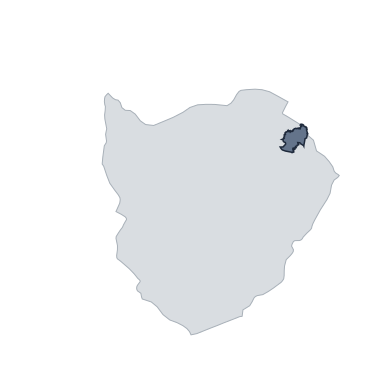 location of Centenary/ Muzarabani, Mashonaland Central, Zimbabwe, rotated 29°
{"feature_id": "62879985B33993196799610", "entity_name": "Centenary/ Muzarabani", "entity_type": "district", "adm_level": 2, "iso_a3": "ZWE", "parent_name": "Zimbabwe", "parent_adm1": "Mashonaland Central", "projection": "natural_earth1", "projection_center": [31.038, -16.418], "detail": "fine", "context": "in_parent", "style": "filled", "palette": "slate", "viewbox_px": 384, "rotation_deg": 29, "n_neighbors": 0, "source": "geoboundaries", "source_scale": "gbopen_adm2", "svg_char_len": 5859}
<svg xmlns="http://www.w3.org/2000/svg" viewBox="0 0 384 384"><g transform="rotate(29 192 192)"><path d="M260.4,317.4L257.5,315.3L253.7,313.9L248.8,313.3L242.4,313.5L234.6,314.7L226.1,313.3L217.2,309.3L209.7,307.9L200.8,309.6L200.4,309.7L198.8,308.3L196.4,305.4L192.3,304.9L191.2,304.2L190.3,303.1L189.7,301.8L189.5,300.2L190.1,295.5L189.8,294.9L188.7,294.3L186.4,293.8L181.1,291.6L174.3,289.5L163.4,287.2L159.1,286.6L158.1,285.9L156.9,284.1L154.8,278.7L152.8,275.0L148.0,269.4L147.3,267.7L147.5,263.3L147.8,259.7L148.3,256.6L148.0,253.8L148.0,250.3L148.1,247.9L147.4,246.9L145.7,246.1L140.9,245.8L135.0,246.0L134.7,242.4L134.2,236.8L133.0,233.6L131.7,231.9L128.9,230.2L123.4,227.8L115.9,224.2L109.5,218.9L102.2,212.2L99.9,211.1L97.1,204.8L92.9,194.1L93.1,190.5L92.5,188.8L88.5,183.5L87.6,180.8L86.8,178.1L80.4,170.4L78.2,167.0L76.5,162.7L74.8,159.2L73.4,157.9L71.6,155.5L70.3,152.8L69.7,150.8L70.2,148.2L70.8,146.3L76.9,148.2L80.2,148.4L82.8,147.5L86.0,148.7L89.8,152.2L94.0,152.9L98.5,150.7L104.6,151.4L112.3,154.8L118.7,155.5L126.2,152.4L133.0,143.9L139.3,135.9L145.5,126.6L149.2,119.1L154.7,113.0L162.0,108.4L169.4,104.4L180.8,99.5L183.0,95.5L183.8,91.2L183.8,85.1L184.4,81.2L185.5,79.4L187.4,78.0L189.9,76.2L197.3,71.5L203.6,68.6L211.3,66.7L219.7,66.6L227.7,66.6L232.3,66.6L232.4,72.4L232.7,79.0L233.6,79.7L239.7,79.8L249.4,80.3L258.8,80.7L264.8,85.5L266.8,86.5L273.1,87.8L281.0,95.7L290.6,96.5L297.2,98.9L302.9,101.7L306.3,104.9L308.4,105.7L311.4,105.9L312.8,106.2L312.4,108.6L310.5,112.6L310.7,118.3L313.4,126.2L313.7,133.1L312.9,145.3L312.9,157.1L313.1,161.3L313.6,164.1L314.1,165.6L314.0,167.3L312.4,172.3L311.1,177.5L311.1,179.5L310.6,181.0L309.6,182.3L305.5,184.7L304.7,186.2L304.8,188.9L305.3,191.1L306.8,192.0L308.7,193.3L309.4,195.0L309.4,196.7L308.8,200.0L307.2,205.5L308.8,211.8L310.7,215.9L313.2,220.6L314.3,223.5L314.2,225.6L313.8,227.6L309.9,236.3L307.2,241.6L303.7,247.4L299.3,251.0L298.1,252.7L297.6,254.7L297.8,259.0L297.6,263.5L293.7,270.4L296.1,276.4L295.5,276.9L294.2,277.8L288.7,284.5L283.1,291.2L279.1,296.2L274.4,301.8L269.2,308.2L264.8,313.6L260.4,317.4Z" fill="#d9dde1" stroke="#a8b0b8" stroke-width="1"/><path d="M265.0,85.9L264.8,85.6L265.0,85.5L265.1,85.4L265.1,85.2L264.9,84.8L264.6,84.9L264.4,85.0L264.1,84.9L264.1,84.7L264.1,84.2L263.9,83.9L263.6,83.7L263.1,83.3L262.6,82.6L262.1,82.3L262.0,82.1L262.3,81.7L262.2,81.5L262.2,81.4L261.9,81.4L261.7,81.3L261.6,81.0L261.5,80.7L261.4,80.8L261.2,80.5L261.1,80.4L260.8,80.2L260.8,80.3L260.8,80.5L260.7,80.5L260.5,80.4L260.3,80.0L260.1,79.9L259.9,80.0L259.7,80.1L259.3,80.2L259.0,79.9L258.9,79.9L258.5,80.1L258.3,80.1L257.9,80.0L257.5,79.9L257.4,80.0L257.2,79.9L257.2,79.6L257.1,79.4L256.8,79.4L256.6,79.4L256.4,79.3L256.1,79.5L256.1,79.4L255.9,79.3L254.7,79.7L254.7,79.8L254.4,80.1L254.2,80.2L254.2,80.4L254.3,80.3L254.6,80.3L254.9,80.2L255.0,80.2L255.1,80.3L254.9,80.6L254.9,80.8L255.0,80.9L255.3,80.9L255.5,80.9L255.6,81.0L255.4,81.3L255.2,81.5L255.3,81.8L255.8,81.4L256.0,81.5L255.9,81.6L255.7,81.8L255.5,82.1L255.6,82.4L255.6,82.5L255.7,82.8L255.6,83.1L255.7,83.3L255.8,83.5L255.7,83.7L255.8,83.9L255.8,84.0L255.7,84.0L255.8,84.2L255.7,84.2L255.3,84.1L255.0,84.1L255.1,84.3L255.2,84.6L255.1,84.8L254.7,84.9L254.7,84.7L254.5,84.8L254.1,84.7L254.0,84.8L254.0,85.0L253.9,85.0L253.8,84.9L253.6,84.9L253.5,85.1L253.5,85.3L253.3,85.5L253.2,85.5L252.8,85.8L252.7,85.9L252.6,86.0L252.4,85.9L252.3,86.0L251.9,86.0L251.7,86.1L251.4,86.7L250.8,87.0L250.8,87.3L250.8,87.5L250.5,88.2L250.5,88.4L250.5,88.5L250.7,88.8L250.5,89.0L250.3,89.1L250.2,89.1L250.2,89.3L250.3,89.2L250.5,89.3L250.5,89.5L250.4,89.4L250.3,89.5L250.1,89.5L250.0,90.0L249.9,90.2L249.9,90.3L250.1,90.3L249.9,90.5L249.7,90.7L249.4,90.6L249.2,90.8L249.1,90.7L249.0,90.8L248.9,90.8L249.0,91.0L248.8,91.0L248.8,91.3L248.7,91.2L248.7,91.3L248.5,91.2L248.5,91.3L248.4,91.3L248.4,91.5L248.3,91.4L248.1,91.4L248.1,91.5L247.8,91.5L247.7,91.7L247.4,91.5L247.3,91.4L247.2,91.5L247.2,91.4L247.0,91.5L246.9,91.5L246.7,91.5L246.7,91.8L246.6,91.7L246.6,91.8L246.6,92.0L246.4,92.0L246.5,92.1L246.4,92.3L246.4,92.2L246.2,92.3L246.3,92.5L246.2,92.5L246.1,92.8L246.0,93.0L245.9,93.0L245.8,93.3L245.7,93.3L245.6,93.6L245.4,93.8L245.4,93.7L245.4,93.9L245.2,93.9L245.2,94.0L245.3,94.0L245.1,94.1L245.1,94.3L244.9,94.6L245.0,94.7L244.9,94.8L245.0,94.9L245.0,95.0L244.9,95.2L244.9,95.4L245.0,95.5L244.9,95.6L245.1,95.8L245.3,95.9L245.3,96.0L245.2,96.0L245.4,96.1L245.5,96.2L245.4,96.4L245.3,96.5L245.2,96.8L245.3,96.8L245.2,96.9L245.1,97.0L245.3,97.1L245.3,97.3L245.2,97.4L245.2,97.5L245.3,97.5L245.5,98.0L245.6,98.4L245.6,98.6L245.7,98.8L245.8,99.0L245.9,98.9L245.9,99.2L246.1,99.3L246.0,99.5L245.9,99.9L245.9,100.3L246.6,100.6L245.1,102.5L245.6,102.4L246.2,102.1L247.3,103.4L247.7,103.6L248.2,103.6L249.7,103.5L250.0,103.9L250.4,104.2L250.7,104.9L250.6,105.6L250.3,106.1L250.2,106.8L250.0,107.6L250.1,108.0L249.4,108.7L247.3,109.9L248.8,110.8L250.6,111.4L253.7,110.9L254.1,110.8L259.9,108.9L260.4,109.1L261.6,107.7L261.3,107.4L261.3,107.2L261.2,106.9L260.8,106.8L260.8,106.7L260.7,106.6L260.4,106.8L260.3,106.5L260.5,106.3L260.6,106.2L260.4,106.0L260.2,106.1L260.0,105.9L259.9,105.8L259.7,105.8L259.7,105.6L259.4,105.5L259.4,105.3L259.3,105.2L259.2,105.0L259.1,104.9L259.1,104.7L260.2,103.8L260.8,105.0L261.2,104.7L260.7,103.9L261.3,103.3L261.3,103.2L261.5,103.0L261.6,102.7L261.3,102.6L260.9,102.5L260.8,102.4L260.6,102.4L260.5,102.2L260.4,102.0L261.6,100.7L261.3,100.1L262.4,99.0L262.4,98.8L262.3,98.7L262.1,98.8L262.0,98.7L261.9,98.6L261.6,98.4L261.4,98.3L261.2,98.1L260.9,98.0L260.8,97.8L260.5,97.5L262.5,96.6L263.2,97.1L263.8,97.2L264.1,97.1L264.4,97.1L264.8,97.2L265.0,97.2L265.9,97.2L266.2,97.3L266.7,97.3L267.1,97.3L267.5,97.6L267.1,96.7L266.2,93.9L265.4,91.6L265.0,90.7L266.0,89.1L265.9,88.8L265.7,88.5L265.7,87.8L265.4,87.3L265.3,86.9L265.2,86.6L265.1,86.2L265.0,85.9Z" fill="#64748b" stroke="#1e293b" stroke-width="1.5"/></g></svg>